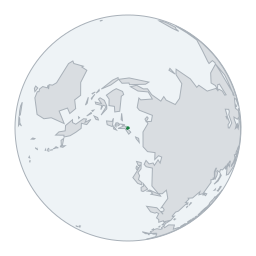 Pangasinan on an orthographic globe, rotated 135°
{"feature_id": "PHL-2562", "entity_name": "Pangasinan", "entity_type": "Province", "adm_level": 1, "iso_a3": "PHL", "parent_name": "Philippines", "parent_adm1": "", "projection": "orthographic", "projection_center": [120.195, 16.001], "detail": "fine", "context": "on_globe", "style": "filled", "palette": "green", "viewbox_px": 256, "rotation_deg": 135, "n_neighbors": 0, "source": "natural_earth", "source_scale": "10m", "svg_char_len": 9974}
<svg xmlns="http://www.w3.org/2000/svg" viewBox="0 0 256 256"><g transform="rotate(135 128 128)"><circle cx="128" cy="128" r="113" fill="#eef3f6" stroke="#a8b0b8"/><path d="M221.6,173.0L221.4,173.7L221.3,173.8L221.6,173.0ZM192.6,35.7L185.3,31.6L182.7,32.7L185.7,35.6L182.1,33.3L190.3,40.8L191.3,44.6L187.8,38.9L185.7,37.3L185.3,38.9L183.0,37.7L181.4,37.8L178.7,36.3L176.9,33.5L175.1,32.6L174.9,33.8L172.1,33.4L172.6,31.6L167.7,30.7L163.8,26.6L167.5,24.4L163.0,22.1L160.7,20.2L158.6,19.6L157.4,19.3L166.7,22.2L175.7,26.0L184.4,30.5L192.6,35.7ZM150.6,17.7L149.6,17.5L147.8,17.1L150.6,17.7ZM234.0,95.9L233.1,93.6L233.8,94.4L234.0,95.9ZM232.4,92.6L232.8,93.3L232.4,92.8L232.4,92.6ZM232.1,92.6L232.3,92.6L232.2,92.8L232.1,92.6ZM231.8,92.8L231.9,92.6L232.0,92.7L231.8,92.8ZM231.0,92.5L230.8,92.3L230.8,91.8L231.0,92.5ZM191.7,35.3L190.8,34.6L193.5,36.4L193.1,36.2L191.7,35.3ZM188.4,38.1L188.3,37.3L189.2,38.6L188.4,38.1ZM181.7,38.2L182.4,38.9L181.3,38.7L181.7,38.2ZM176.2,36.3L174.2,36.0L175.9,35.8L176.2,36.3ZM172.8,35.5L167.9,35.1L169.2,36.5L162.9,32.5L169.1,34.0L171.1,33.4L171.2,34.5L172.8,35.5ZM153.1,18.2L151.8,17.9L151.7,17.9L153.1,18.2ZM153.3,18.3L161.1,20.5L160.6,20.6L158.1,19.7L158.7,20.3L154.6,19.2L153.3,18.6L154.5,18.7L152.0,18.3L153.3,18.3ZM160.3,30.6L158.8,30.2L160.0,30.1L160.3,30.6ZM149.3,17.4L150.9,17.7L150.5,17.8L147.2,17.2L148.4,17.3L149.3,17.4ZM160.9,21.1L160.1,21.2L156.5,20.3L155.7,20.2L154.5,19.2L160.9,21.1ZM147.5,17.1L145.5,16.9L144.0,16.6L147.7,17.1L147.5,17.1ZM151.8,18.1L151.5,18.2L150.6,17.9L151.8,18.1ZM139.4,15.9L138.2,15.8L139.4,15.9ZM144.9,16.8L145.4,16.9L145.6,17.0L144.0,16.8L144.9,16.8ZM152.0,18.7L150.7,18.4L152.3,19.1L149.7,18.6L149.4,18.1L148.4,18.1L147.6,18.0L148.3,17.8L152.0,18.7ZM143.0,16.9L141.7,16.4L138.1,15.9L143.9,16.7L143.0,16.9ZM146.1,17.4L144.2,17.1L145.0,17.0L146.9,17.3L146.1,17.4ZM148.1,18.6L152.2,19.4L152.1,19.5L148.1,18.6ZM141.8,16.8L142.2,16.9L141.5,16.7L141.8,16.8ZM146.0,17.9L147.4,18.2L147.3,18.3L146.0,17.9ZM141.6,17.1L141.2,16.9L142.4,17.0L141.6,17.1ZM143.5,17.5L143.0,17.6L143.1,17.1L144.1,17.5L143.5,17.5ZM145.6,18.0L146.0,18.2L145.0,17.9L145.6,18.0ZM137.2,17.0L137.1,16.4L139.8,16.6L139.6,17.1L137.2,17.0ZM33.3,67.0L34.4,65.4L31.3,71.8L31.6,73.9L38.1,66.0L37.7,62.2L41.3,57.5L44.5,56.9L45.3,60.8L46.7,59.1L49.2,53.6L52.5,51.7L50.4,51.5L49.0,53.6L47.6,53.7L48.9,51.9L50.0,51.2L50.6,49.6L45.1,53.7L43.1,56.3L42.8,54.9L39.3,59.2L38.2,60.4L43.6,53.6L45.4,51.7L52.8,44.1L59.3,38.8L66.1,33.9L66.0,34.0L71.1,30.9L71.4,30.9L68.2,32.6L65.5,34.4L63.6,36.6L64.5,36.3L68.0,34.3L67.0,35.4L70.7,33.1L71.7,33.9L73.6,31.2L77.8,29.3L80.8,28.7L82.5,27.7L77.6,28.7L75.4,29.6L72.9,31.1L67.1,33.8L66.9,33.7L74.2,29.4L74.6,28.9L80.1,26.2L89.9,24.3L91.7,25.2L85.6,30.2L82.7,30.9L83.4,29.2L78.7,32.4L81.0,31.3L80.2,32.4L84.0,31.3L83.6,32.0L87.9,29.8L87.9,30.6L85.1,32.0L90.7,31.5L91.8,33.1L93.3,32.7L94.5,31.8L95.0,34.7L96.1,34.3L96.3,33.1L98.6,31.6L102.7,30.2L102.7,31.3L101.2,32.0L97.9,35.2L93.9,37.0L94.3,37.4L97.8,36.1L101.7,32.1L104.3,31.0L102.8,32.8L103.5,32.0L104.8,31.8L105.9,32.8L107.8,30.8L121.4,28.6L125.1,30.6L122.2,32.1L131.8,32.9L135.1,35.8L135.3,34.6L140.0,34.6L139.1,33.7L139.5,33.1L151.1,33.6L153.8,34.9L159.1,34.5L159.2,34.0L157.5,32.9L162.9,32.5L169.2,36.5L168.6,37.4L172.9,39.6L171.0,41.5L171.4,44.3L166.8,45.7L167.5,48.1L169.1,48.7L171.3,52.8L170.2,59.5L164.0,51.2L164.2,42.2L163.5,45.4L161.6,44.0L160.1,44.8L159.7,47.4L161.0,48.1L149.7,50.0L144.8,56.9L150.2,57.3L152.9,60.1L152.1,70.1L139.1,82.4L142.5,87.7L142.3,90.9L138.2,92.3L138.5,87.7L135.0,85.5L135.8,82.9L129.3,84.2L130.1,80.5L124.7,83.6L126.0,86.8L131.4,86.8L126.3,91.5L130.9,97.5L130.6,104.1L120.2,114.6L110.9,117.0L110.1,119.1L106.8,116.2L101.8,119.7L107.4,132.5L107.0,136.0L99.1,141.5L99.1,138.9L90.3,131.3L88.2,139.2L94.8,147.1L97.0,155.4L91.7,152.1L89.5,144.8L86.5,141.9L87.7,134.8L85.8,123.8L80.5,124.9L81.3,120.7L78.0,111.2L70.6,112.5L58.6,121.3L56.3,131.8L52.4,135.6L49.2,118.7L50.6,108.1L47.7,108.2L45.9,98.1L37.8,93.8L38.1,90.8L36.3,91.3L35.2,87.4L36.4,82.8L35.1,82.1L32.3,94.4L33.9,95.2L37.4,92.1L36.2,96.2L37.4,101.1L30.6,108.5L21.0,111.3L22.7,103.2L28.9,79.2L30.2,77.2L30.3,76.9L30.5,76.4L28.4,79.5L30.4,75.2L24.3,90.8L22.1,97.2L20.9,111.7L20.3,112.6L20.7,116.0L25.1,116.3L24.5,118.9L20.9,129.4L17.1,141.7L19.1,153.7L21.4,163.2L22.1,166.2L19.6,158.7L17.7,150.9L16.4,143.1L15.6,135.2L15.4,127.2L15.7,119.3L16.6,111.4L18.1,103.5L20.1,95.8L22.6,88.3L25.7,80.9L29.2,73.8L33.3,67.0ZM48.1,48.6L43.7,53.3L44.6,52.3L43.5,53.6L48.1,48.6ZM43.6,70.0L45.9,72.5L49.4,66.2L50.6,66.8L51.4,64.6L49.7,65.8L52.3,60.1L54.9,59.6L57.0,57.2L56.3,56.3L51.1,58.2L47.3,66.2L44.8,67.9L43.6,70.0ZM145.6,16.8L145.4,16.7L143.3,16.4L141.8,16.2L142.8,16.3L140.1,16.0L145.6,16.8ZM126.1,15.4L127.4,15.4L132.1,15.5L133.1,15.7L131.0,15.6L133.4,15.8L130.1,15.9L130.8,16.1L128.1,16.5L123.7,16.5L124.7,16.7L122.8,17.3L119.0,17.5L120.8,17.0L115.4,17.8L115.7,17.2L115.1,17.4L113.8,17.2L111.2,17.3L111.9,17.0L110.6,17.2L109.8,17.2L108.2,17.4L108.9,17.1L107.0,17.4L108.4,17.1L105.0,17.7L107.8,17.2L107.5,17.2L116.8,15.9L126.1,15.4ZM136.4,17.1L131.0,16.9L128.5,16.6L134.1,16.1L134.0,15.9L137.5,15.9L141.0,16.4L139.7,16.3L139.3,16.4L138.3,16.2L138.7,16.4L136.9,16.4L136.7,16.6L135.0,16.5L136.4,17.1ZM68.2,32.7L68.2,32.8L67.3,33.4L66.3,34.0L68.2,32.7ZM103.0,21.0L104.4,20.4L104.9,20.4L109.0,19.6L109.1,20.1L106.7,20.8L103.0,21.0ZM36.8,66.8L35.4,67.8L35.9,66.6L36.3,66.5L36.8,66.8ZM37.1,62.0L36.0,64.1L36.7,62.5L37.1,62.0ZM103.7,21.4L105.4,21.0L104.4,21.5L103.7,21.4ZM109.3,20.5L108.6,21.1L109.5,20.1L109.3,20.5ZM69.9,222.1L72.3,223.5L71.1,223.2L69.9,222.1ZM26.1,166.8L30.3,181.8L28.9,180.5L26.3,175.2L23.2,165.6L24.0,164.3L23.8,160.5L26.1,166.8ZM125.6,176.6L129.1,177.3L129.0,177.8L125.6,176.6ZM122.0,174.6L125.9,175.1L121.3,175.6L122.0,174.6ZM127.5,175.3L131.5,174.6L133.3,174.0L133.0,174.9L127.5,175.3ZM119.3,174.4L105.0,172.7L99.4,170.7L100.6,169.1L109.7,170.6L119.3,174.4ZM100.2,169.0L91.8,162.6L80.8,145.7L84.7,146.6L96.3,157.6L95.5,159.1L100.6,163.9L100.2,169.0ZM120.9,161.8L120.1,166.5L112.1,165.2L108.5,164.1L106.0,157.7L107.4,154.7L110.3,155.2L122.0,145.7L126.0,148.7L122.3,152.9L125.6,157.3L120.9,161.8ZM56.6,132.9L58.2,139.9L56.2,140.5L56.6,132.9ZM127.0,138.7L122.1,142.9L126.7,137.1L127.0,138.7ZM129.9,133.0L130.0,135.5L128.2,133.0L129.9,133.0ZM109.7,122.3L106.6,122.5L106.7,120.8L110.7,119.6L109.7,122.3ZM130.3,109.8L129.8,114.7L129.0,116.3L127.8,113.2L130.3,109.8ZM106.9,27.4L101.2,27.7L97.1,28.8L95.0,30.5L95.6,28.5L101.8,26.8L106.9,27.4ZM119.6,28.2L121.5,27.0L122.4,27.7L122.0,28.0L119.6,28.2ZM119.6,27.4L118.8,25.8L121.0,25.3L121.2,26.6L119.6,27.4ZM111.0,23.0L109.4,23.0L110.2,22.5L111.0,23.0ZM194.9,213.4L196.0,213.7L192.8,216.5L188.4,219.5L184.5,221.0L194.9,213.4ZM163.6,222.9L163.5,220.0L168.1,219.6L166.2,222.2L163.6,222.9ZM198.0,211.1L200.9,208.1L202.0,204.7L201.6,207.6L203.8,207.1L196.9,213.3L198.0,211.1ZM146.5,210.5L124.5,215.6L119.6,214.4L120.7,211.9L115.9,203.3L117.5,203.7L116.3,197.9L129.2,193.7L138.4,184.6L145.8,185.6L151.3,178.7L158.9,179.4L156.7,184.9L164.7,188.7L170.0,176.3L175.0,189.5L180.9,194.0L182.7,201.9L172.5,215.2L166.5,217.8L165.3,216.7L162.9,218.1L159.0,217.6L156.7,213.5L154.3,214.8L156.6,211.7L153.1,214.4L151.1,211.7L146.5,210.5ZM201.3,186.3L202.4,186.5L204.2,188.5L202.4,188.3L201.3,186.3ZM218.6,176.3L219.1,177.2L217.9,177.7L218.6,176.3ZM221.3,173.8L219.9,174.6L221.6,173.0L221.3,173.8ZM207.3,178.0L207.8,178.7L207.4,179.1L207.3,178.0ZM206.8,177.8L207.5,176.4L207.4,177.7L206.8,177.8ZM201.3,171.2L202.0,170.4L202.3,170.9L201.3,171.2ZM134.3,177.8L139.2,174.4L141.9,174.3L134.3,177.8ZM200.3,169.8L198.6,169.8L198.7,169.0L200.3,169.8ZM200.4,168.1L200.2,167.1L201.3,169.4L200.4,168.1ZM197.0,166.0L199.2,167.7L196.8,166.2L197.0,166.0ZM195.8,166.3L194.2,165.6L194.3,165.3L195.8,166.3ZM178.4,168.2L184.2,174.2L179.6,174.1L174.4,170.4L170.4,173.9L161.4,173.1L163.4,171.0L162.2,167.6L152.9,166.0L151.0,163.7L154.3,162.4L148.2,160.3L154.8,159.6L157.6,164.3L161.4,160.9L168.0,161.9L174.4,163.5L179.6,166.9L178.4,168.2ZM154.9,169.6L156.1,169.6L155.1,170.9L154.9,169.6ZM191.3,163.2L193.5,165.3L193.2,165.9L192.1,165.6L191.3,163.2ZM180.8,166.1L186.4,162.3L187.8,162.4L184.1,166.6L180.8,166.1ZM185.0,159.9L187.7,160.4L189.1,162.5L188.5,163.1L185.0,159.9ZM141.3,164.7L141.1,165.9L139.4,164.8L141.3,164.7ZM143.5,164.1L148.7,165.7L143.1,165.1L143.5,164.1ZM128.0,158.6L129.5,161.7L134.2,160.2L130.6,162.6L133.8,167.7L132.8,169.5L129.5,164.0L128.5,169.3L126.4,169.1L125.2,164.3L127.3,158.8L129.4,156.6L137.9,156.2L128.0,158.6ZM143.5,160.5L142.1,156.9L143.2,154.6L144.6,156.6L143.5,160.5ZM138.2,148.2L134.6,143.9L131.4,145.2L138.1,140.1L140.3,145.1L138.2,148.2ZM135.3,139.2L132.2,140.3L135.5,137.3L135.3,139.2ZM131.5,138.9L131.2,136.1L133.6,136.6L131.5,138.9ZM136.9,139.4L137.6,134.7L138.8,137.6L136.9,139.4ZM130.5,129.7L135.4,134.7L128.8,132.2L129.0,123.1L131.8,123.1L130.5,129.7ZM149.0,95.0L148.6,92.4L151.3,92.1L150.8,93.9L149.0,95.0ZM159.6,89.5L151.8,91.2L145.5,93.0L147.3,94.2L145.6,98.3L143.1,94.2L147.7,89.9L152.5,89.4L153.5,86.1L157.1,84.1L156.8,79.8L158.5,78.2L160.3,82.0L159.6,89.5ZM156.5,78.0L157.3,70.9L162.2,72.4L163.1,74.2L160.7,76.8L158.2,75.9L156.5,78.0ZM158.9,69.7L156.5,68.8L152.7,58.4L153.1,56.7L158.6,64.9L156.7,64.5L156.8,67.0L158.9,69.7ZM159.1,30.8L158.9,30.3L160.0,30.9L159.1,30.8ZM138.8,32.6L139.7,32.0L140.9,32.6L138.8,32.6ZM142.6,30.7L140.6,30.5L142.7,30.3L142.6,30.7ZM136.1,30.2L139.8,30.2L136.3,30.8L136.1,30.2Z" fill="#d9dde1" stroke="#a8b0b8" stroke-width="1"/><path d="M127.4,128.4L127.4,128.2L127.2,128.1L127.2,127.9L127.2,127.7L127.2,127.4L127.3,127.3L127.4,127.2L127.5,127.3L127.4,127.5L127.5,127.5L127.8,127.7L127.8,127.8L128.0,127.9L128.2,128.0L128.3,128.0L128.4,127.9L128.3,127.7L128.5,127.6L128.8,127.6L129.0,127.6L129.3,127.7L129.3,127.8L129.4,128.0L129.3,128.3L129.2,128.3L128.8,128.4L128.7,128.3L128.7,128.5L128.4,128.5L128.2,128.7L128.1,128.8L128.1,128.7L127.9,128.5L127.9,128.4L127.7,128.3L127.4,128.4L127.4,128.4ZM127.6,127.5L127.5,127.4L127.6,127.5Z" fill="#22c55e" stroke="#15803d" stroke-width="1.5"/></g></svg>